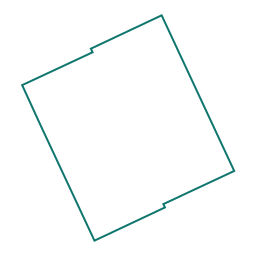 the district of Stevens, Minnesota, United States of America, rotated 65°
{"feature_id": "52423323B3938520611617", "entity_name": "Stevens", "entity_type": "district", "adm_level": 2, "iso_a3": "USA", "parent_name": "United States of America", "parent_adm1": "Minnesota", "projection": "equal_earth", "projection_center": [-96.037, 45.586], "detail": "fine", "context": "isolated", "style": "outline", "palette": "teal", "viewbox_px": 256, "rotation_deg": 65, "n_neighbors": 0, "source": "geoboundaries", "source_scale": "gbopen_adm2", "svg_char_len": 276}
<svg xmlns="http://www.w3.org/2000/svg" viewBox="0 0 256 256"><g transform="rotate(65 128 128)"><path d="M40.1,49.9L40.4,128.1L44.4,128.1L44.4,205.8L87.5,206.1L215.9,206.0L215.6,128.1L211.9,128.1L211.8,49.9L40.1,49.9Z" fill="none" stroke="#0f766e" stroke-width="2"/></g></svg>